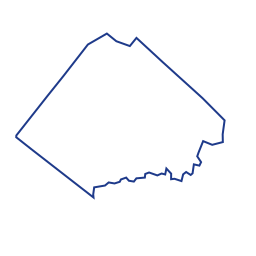 Clearfield, Pennsylvania, United States of America, rotated 38°
{"feature_id": "52423323B589522588681", "entity_name": "Clearfield", "entity_type": "district", "adm_level": 2, "iso_a3": "USA", "parent_name": "United States of America", "parent_adm1": "Pennsylvania", "projection": "mercator", "projection_center": [-78.301, 40.989], "detail": "fine", "context": "isolated", "style": "outline", "palette": "blue", "viewbox_px": 256, "rotation_deg": 38, "n_neighbors": 0, "source": "geoboundaries", "source_scale": "gbopen_adm2", "svg_char_len": 742}
<svg xmlns="http://www.w3.org/2000/svg" viewBox="0 0 256 256"><g transform="rotate(38 128 128)"><path d="M168.3,58.6L114.4,54.7L79.2,51.8L79.0,62.3L65.4,66.8L53.2,66.6L45.0,86.9L45.1,126.8L44.8,152.0L44.6,202.6L45.6,204.1L64.9,204.2L143.6,204.0L141.5,201.8L137.9,195.6L145.3,187.5L146.3,182.8L151.5,180.0L154.6,175.5L154.1,172.9L157.1,168.2L161.2,169.0L165.6,166.6L165.6,162.5L171.8,156.7L169.9,153.6L172.0,150.1L180.3,147.3L182.5,143.2L185.9,141.7L183.2,136.3L190.1,137.4L193.5,141.8L195.9,139.4L202.8,136.9L200.0,130.6L200.9,126.9L206.3,126.4L206.8,124.0L202.3,116.1L207.4,113.7L206.6,109.9L200.0,107.7L198.7,103.9L195.3,92.1L204.7,89.4L211.4,80.7L206.5,74.7L199.4,62.5L168.3,58.6Z" fill="none" stroke="#1e3a8a" stroke-width="2"/></g></svg>